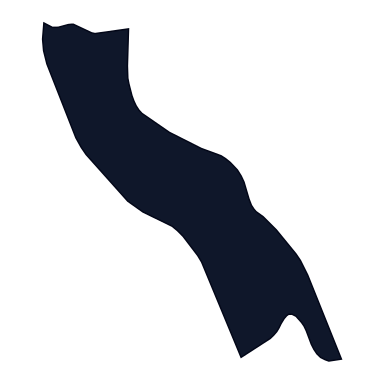 SVG path tracing the border of Asyut
{"feature_id": "EGY-1549", "entity_name": "Asyut", "entity_type": "Governorate", "adm_level": 1, "iso_a3": "EGY", "parent_name": "Egypt", "parent_adm1": "", "projection": "equal_earth", "projection_center": [31.171, 27.231], "detail": "fine", "context": "isolated", "style": "filled", "palette": "ink", "viewbox_px": 384, "rotation_deg": 0, "n_neighbors": 0, "source": "natural_earth", "source_scale": "10m", "svg_char_len": 928}
<svg xmlns="http://www.w3.org/2000/svg" viewBox="0 0 384 384"><path d="M43.9,23.0L52.4,27.4L58.3,27.3L68.3,24.6L71.4,24.3L73.4,24.3L91.7,32.9L95.0,33.6L128.5,28.9L127.4,65.9L127.8,78.2L128.9,83.9L131.9,95.6L133.9,101.1L136.1,105.8L138.9,110.1L141.9,113.4L169.4,132.4L201.3,148.5L221.1,155.8L225.6,158.7L230.4,162.6L237.4,170.0L241.2,176.1L244.0,182.1L249.0,199.1L251.4,205.3L253.8,209.0L256.0,211.6L263.2,216.8L276.3,229.9L296.0,254.0L300.4,260.5L307.7,275.1L341.4,359.1L328.8,361.0L325.2,359.7L320.6,357.4L316.9,353.8L313.9,349.3L311.3,344.2L306.3,330.8L304.0,326.0L301.5,322.4L296.0,316.2L292.0,314.2L288.5,314.3L286.6,315.7L284.1,318.6L281.0,323.7L278.9,328.0L276.8,331.5L273.8,335.0L270.3,338.4L241.1,357.3L201.6,262.0L197.7,255.5L183.0,236.2L177.2,230.4L172.1,226.2L143.0,212.0L127.8,201.2L86.1,154.5L81.2,147.3L75.9,137.8L46.9,63.9L43.6,50.7L42.6,39.2L43.9,23.0Z" fill="#0f172a" stroke="#020617" stroke-width="1.5"/></svg>